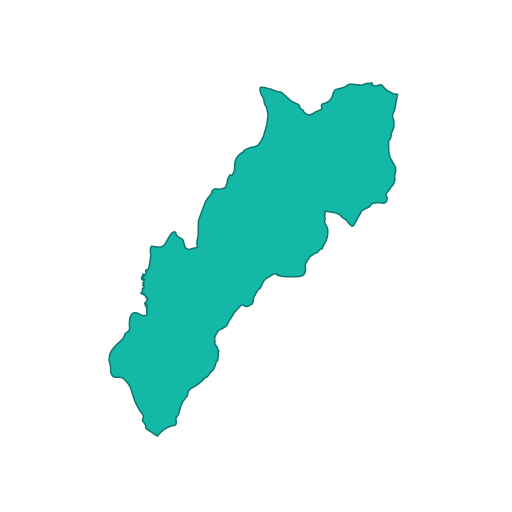 Sekadau, Kalimantan Barat, Indonesia, rotated 198°
{"feature_id": "22746128B16160803458764", "entity_name": "Sekadau", "entity_type": "district", "adm_level": 2, "iso_a3": "IDN", "parent_name": "Indonesia", "parent_adm1": "Kalimantan Barat", "projection": "orthographic", "projection_center": [111.051, 0.054], "detail": "fine", "context": "isolated", "style": "filled", "palette": "teal", "viewbox_px": 512, "rotation_deg": 198, "n_neighbors": 0, "source": "geoboundaries", "source_scale": "gbopen_adm2", "svg_char_len": 6109}
<svg xmlns="http://www.w3.org/2000/svg" viewBox="0 0 512 512"><g transform="rotate(198 256 256)"><path d="M304.0,417.2L303.3,414.4L300.8,411.1L297.7,408.3L294.8,403.3L291.7,400.3L288.2,394.0L286.2,384.0L286.1,375.6L285.9,373.7L286.4,367.9L287.9,362.8L288.7,361.7L290.5,359.8L292.5,358.5L294.2,357.9L298.6,354.2L300.1,352.3L300.4,350.6L301.3,350.0L302.9,347.7L303.7,346.3L304.8,343.1L305.0,341.4L305.1,339.6L304.8,337.6L303.1,331.2L303.0,329.2L303.6,325.5L305.8,325.1L306.7,320.5L306.1,316.4L306.2,312.6L306.9,311.0L310.8,308.3L315.7,307.3L317.8,304.9L317.7,301.0L319.7,296.3L320.8,292.3L321.6,275.7L321.6,271.3L320.2,267.1L319.9,265.4L317.5,258.6L316.7,252.1L316.2,249.7L315.7,248.7L314.2,246.7L316.4,244.8L318.7,243.6L321.3,241.7L322.9,241.2L323.9,241.6L324.8,241.6L325.6,242.1L326.0,242.6L326.4,242.8L330.3,248.6L331.6,249.3L333.3,249.7L335.2,249.9L337.1,250.6L338.6,251.8L339.1,252.9L339.8,253.6L340.4,253.8L340.9,253.7L341.9,253.3L342.3,252.9L343.1,251.8L343.8,250.3L344.9,245.9L346.1,239.8L346.9,237.8L348.0,236.1L348.6,235.6L351.0,234.5L353.9,233.8L355.7,233.6L358.6,232.9L358.6,230.2L358.1,228.0L356.9,225.7L356.5,224.3L356.0,223.4L356.0,221.8L355.5,221.3L355.5,218.9L355.0,217.9L355.0,216.7L354.6,214.7L354.3,211.8L354.4,210.7L354.6,210.5L354.9,209.4L355.5,208.9L356.3,208.7L356.5,208.4L356.3,207.4L355.3,206.7L355.2,206.4L355.8,204.9L356.0,203.4L357.6,203.9L358.0,203.6L357.9,203.2L357.4,203.1L357.3,202.6L358.2,201.0L358.1,199.6L357.5,198.7L357.3,198.6L356.9,198.7L356.9,199.2L357.2,199.5L357.4,200.1L357.2,200.8L356.9,201.0L356.3,199.0L356.3,198.2L356.0,198.1L354.9,199.4L354.6,199.3L354.6,199.1L355.1,198.5L355.2,198.2L354.2,195.7L354.2,195.1L354.4,195.0L355.1,195.3L355.2,195.0L353.9,193.6L353.9,193.3L354.5,193.2L354.6,192.9L353.7,192.8L352.8,192.2L352.7,191.8L352.8,191.1L354.0,190.1L353.6,189.4L353.6,188.1L353.2,187.3L353.1,186.8L353.3,186.1L354.0,185.6L354.0,185.2L353.3,184.7L352.1,184.7L351.8,184.9L351.6,185.3L351.0,185.5L350.6,184.4L349.6,184.4L348.5,183.4L347.6,183.2L347.4,182.8L347.6,182.2L347.4,182.0L346.0,181.9L345.8,180.8L347.2,176.5L346.9,176.2L345.5,176.8L345.5,175.9L345.6,175.5L346.0,175.1L346.0,174.6L345.6,174.7L345.2,175.4L344.8,175.5L344.8,174.3L343.5,174.1L343.5,173.6L344.3,173.5L344.4,173.1L343.0,171.7L343.3,171.3L343.3,170.9L343.0,170.2L342.9,169.5L341.7,166.7L341.9,166.1L342.6,165.2L345.5,164.2L346.1,164.2L348.0,164.6L352.2,165.0L354.1,164.6L355.5,163.3L356.4,161.6L356.8,159.3L356.6,156.7L355.7,152.9L353.7,147.8L353.7,146.2L354.3,144.6L355.8,142.9L356.3,141.8L356.6,138.1L357.4,135.0L357.9,134.7L358.7,132.8L360.5,129.9L361.7,127.7L363.6,123.1L364.1,121.3L364.7,117.8L364.7,117.2L364.4,117.0L364.5,115.8L364.2,114.2L363.5,111.4L360.2,106.0L358.3,100.7L357.1,98.9L355.0,97.4L353.6,97.0L351.8,97.3L349.1,98.3L347.3,98.7L345.5,98.9L342.6,97.8L338.9,95.6L336.5,93.7L334.7,91.9L326.8,81.1L323.7,77.6L318.3,72.7L314.6,70.2L314.0,69.6L313.7,68.9L313.5,68.1L313.1,64.5L311.8,63.3L308.9,61.3L308.1,59.3L307.4,58.1L305.0,57.1L299.5,55.8L297.8,55.1L297.5,55.1L295.6,54.5L294.5,54.5L293.7,54.5L293.8,55.2L292.7,57.8L289.8,62.7L287.3,65.4L285.3,67.2L283.3,68.6L281.0,69.8L280.4,70.6L280.1,71.6L280.7,73.9L281.6,75.5L281.9,77.5L281.0,80.9L280.8,83.7L281.1,90.2L280.8,93.0L280.8,94.2L280.3,96.2L279.6,97.2L279.1,99.4L278.2,101.4L278.5,106.5L278.0,108.0L276.9,109.8L272.3,115.1L270.4,117.6L267.9,122.2L267.0,124.4L265.2,125.8L264.1,128.7L263.7,130.4L261.6,134.4L261.1,136.2L260.9,139.9L261.2,141.8L260.9,143.1L260.4,143.9L260.3,145.0L261.1,150.2L261.7,151.2L261.8,152.0L262.2,152.8L262.0,153.3L262.1,154.1L262.7,154.9L263.7,155.2L264.0,155.6L264.0,156.4L264.2,157.0L265.6,157.7L266.4,158.6L267.3,158.7L268.2,160.2L268.6,161.8L269.9,165.1L270.1,166.1L269.7,169.8L268.6,173.7L267.8,174.6L264.5,177.7L262.5,180.3L262.2,181.0L261.7,185.4L260.9,188.1L258.9,196.2L255.0,204.5L254.2,205.1L253.1,205.4L251.8,205.0L249.5,204.9L247.5,206.2L246.6,207.5L245.2,208.7L244.8,209.5L244.5,211.3L245.3,214.4L245.4,217.1L244.8,218.5L244.2,222.3L243.5,224.7L241.9,226.9L241.3,232.5L240.7,235.4L239.2,238.1L237.5,239.8L235.6,242.2L233.5,244.4L231.0,245.3L229.7,244.3L227.9,244.4L222.7,245.1L216.5,246.9L214.8,247.6L210.1,249.1L206.9,250.8L205.9,251.6L205.1,252.5L204.5,253.9L204.3,255.6L204.6,258.5L206.1,261.8L206.4,263.4L206.2,265.3L205.7,267.9L205.0,269.9L204.7,271.8L202.6,274.3L201.8,275.8L198.7,278.4L198.3,279.0L197.5,281.5L195.5,283.3L195.2,284.1L195.0,287.2L194.1,292.2L194.0,294.8L194.5,298.8L195.8,303.2L197.0,304.9L201.2,309.3L201.5,310.1L201.8,313.1L202.4,314.2L203.2,315.2L203.4,317.7L204.2,319.9L204.6,320.0L194.7,321.5L192.4,321.6L190.3,321.3L188.7,320.8L186.0,319.4L182.8,318.5L180.8,317.8L177.4,315.6L175.4,314.5L174.0,314.1L173.3,314.3L172.8,314.7L172.4,315.9L172.0,318.3L171.4,320.5L170.9,324.1L169.6,330.2L169.4,331.7L167.0,334.4L163.4,337.7L162.5,339.5L162.1,341.6L160.6,342.5L155.8,344.7L151.9,345.3L150.3,346.1L148.8,347.7L148.8,349.8L149.1,351.9L150.7,353.3L151.6,354.6L151.6,355.7L150.7,357.4L150.0,359.6L149.3,361.0L149.0,363.2L147.6,365.9L147.3,369.3L147.7,372.4L149.0,374.7L149.4,378.9L149.2,379.4L149.8,381.3L150.6,383.1L152.1,384.9L158.5,390.6L159.2,391.6L161.8,395.9L164.1,402.3L165.5,406.6L164.4,409.1L164.5,411.1L164.9,412.9L165.1,414.9L164.6,420.7L165.8,424.9L166.9,427.4L169.4,431.0L169.8,432.3L169.3,438.3L171.4,453.5L175.0,452.7L181.1,453.7L183.5,454.3L189.4,457.5L190.8,457.3L194.4,454.7L195.9,454.5L198.2,454.5L199.3,456.5L200.5,455.4L201.3,455.4L202.2,454.9L202.3,454.7L204.2,454.4L208.5,450.9L209.0,450.7L211.7,450.5L212.0,449.9L214.2,449.9L219.2,448.7L220.4,448.2L221.9,446.7L223.0,444.9L224.6,443.5L232.1,438.5L233.0,434.8L232.8,430.7L234.0,426.5L235.0,425.2L236.8,423.2L238.6,422.1L240.4,420.3L239.7,417.7L238.9,416.3L238.9,415.7L243.2,412.1L245.3,409.9L246.0,408.8L247.1,408.1L248.5,406.6L249.4,406.6L250.7,406.2L254.9,407.5L255.3,408.2L256.2,409.1L259.1,409.8L259.8,410.4L260.5,411.5L261.9,412.9L262.4,413.1L267.2,413.8L267.7,413.7L269.7,414.1L272.1,415.0L281.1,419.0L283.2,419.6L284.8,419.2L286.6,418.9L291.2,419.1L292.9,419.4L297.1,418.8L298.2,419.1L302.7,418.3L303.9,417.7L304.0,417.2Z" fill="#14b8a6" stroke="#0f766e" stroke-width="1.5"/></g></svg>